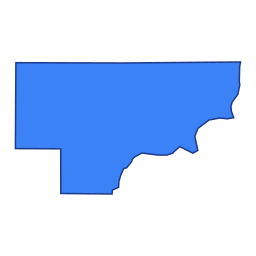 Arenac, Michigan, United States of America (orthographic projection)
{"feature_id": "52423323B18748750980244", "entity_name": "Arenac", "entity_type": "district", "adm_level": 2, "iso_a3": "USA", "parent_name": "United States of America", "parent_adm1": "Michigan", "projection": "orthographic", "projection_center": [-83.781, 44.037], "detail": "fine", "context": "isolated", "style": "filled", "palette": "blue", "viewbox_px": 256, "rotation_deg": 0, "n_neighbors": 0, "source": "geoboundaries", "source_scale": "gbopen_adm2", "svg_char_len": 575}
<svg xmlns="http://www.w3.org/2000/svg" viewBox="0 0 256 256"><path d="M15.9,62.7L15.4,148.6L60.7,148.8L60.8,193.5L112.1,194.0L112.4,190.0L118.6,187.3L118.9,181.4L120.8,175.1L123.6,168.6L126.7,167.8L131.7,161.6L132.2,159.3L134.7,156.9L141.9,153.0L157.3,155.0L166.4,155.1L172.8,153.2L173.9,151.8L179.8,146.6L192.9,153.2L197.8,150.4L194.8,136.5L197.9,128.4L209.0,120.0L219.9,118.0L227.3,118.8L233.7,117.7L231.3,111.0L231.0,106.0L232.2,102.0L237.8,94.4L239.8,84.9L239.3,81.2L239.7,66.0L240.6,62.0L121.4,63.0L15.9,62.7Z" fill="#3b82f6" stroke="#1e3a8a" stroke-width="1.5"/></svg>